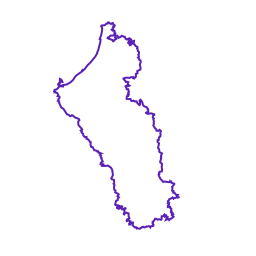 Emilia-Romagna, Bologna, Italy (Mercator projection), rotated 235°
{"feature_id": "23120603B93883326437068", "entity_name": "Emilia-Romagna", "entity_type": "district", "adm_level": 2, "iso_a3": "ITA", "parent_name": "Italy", "parent_adm1": "Bologna", "projection": "mercator", "projection_center": [11.577, 44.436], "detail": "fine", "context": "isolated", "style": "outline", "palette": "violet", "viewbox_px": 256, "rotation_deg": 235, "n_neighbors": 0, "source": "geoboundaries", "source_scale": "gbopen_adm2", "svg_char_len": 5779}
<svg xmlns="http://www.w3.org/2000/svg" viewBox="0 0 256 256"><g transform="rotate(235 128 128)"><path d="M29.2,114.4L31.6,113.9L32.2,114.7L31.6,115.5L33.1,115.8L33.7,115.7L33.9,114.9L34.6,114.9L35.1,115.8L35.4,115.6L37.0,117.2L38.0,116.7L39.2,117.3L39.6,116.2L40.3,116.2L40.5,115.4L41.4,116.1L41.5,117.5L42.4,118.1L43.1,117.6L43.2,118.6L44.1,118.1L45.2,118.7L45.1,119.7L46.0,121.0L45.5,123.3L45.6,124.6L44.0,124.7L44.2,125.8L43.6,126.6L43.4,127.8L42.4,128.8L42.3,129.7L44.1,129.2L44.6,130.4L45.4,129.2L48.6,128.9L48.9,128.0L50.0,128.4L50.4,129.0L51.4,128.2L53.3,130.0L54.4,130.2L55.4,133.7L55.9,134.0L57.8,132.4L59.3,132.6L59.3,131.9L60.3,131.9L59.9,131.3L60.0,130.6L63.4,127.0L63.6,125.9L68.0,125.4L72.0,126.1L72.3,127.4L73.4,127.4L73.8,128.2L74.0,128.8L73.0,130.8L74.1,131.9L76.8,133.3L79.1,135.3L81.6,134.7L84.2,137.8L84.8,137.9L85.2,138.7L86.2,138.9L87.7,141.3L90.1,140.0L90.7,140.1L92.7,141.3L94.5,141.2L97.6,144.6L99.5,144.2L100.6,144.9L101.1,145.4L100.6,146.3L102.4,148.0L102.8,148.7L102.5,149.2L102.8,150.1L105.8,152.0L106.6,153.2L108.4,152.8L108.2,151.3L109.5,149.8L110.7,150.4L112.2,150.0L115.6,150.2L116.7,151.7L118.0,152.3L118.4,153.0L120.6,153.7L120.9,154.6L122.4,154.4L123.3,155.0L124.0,156.0L123.7,157.1L124.3,157.3L126.8,155.3L128.0,152.6L129.7,151.4L130.1,151.5L130.1,152.5L129.6,152.8L129.4,153.6L130.6,154.6L132.0,154.8L132.0,155.2L134.3,155.2L136.4,153.7L138.2,153.5L141.0,154.5L143.1,154.6L143.3,154.1L144.0,154.1L143.8,153.2L141.6,152.3L140.2,151.1L140.2,150.4L141.2,150.5L142.6,149.9L144.9,150.3L145.9,149.2L145.8,148.8L147.3,148.1L147.7,146.7L148.4,146.2L150.4,146.7L151.3,145.1L152.7,143.6L154.4,145.0L154.6,145.8L154.1,146.5L154.8,147.6L155.3,147.2L155.4,147.8L156.2,147.9L156.6,148.2L156.2,148.5L157.3,149.6L159.6,150.4L160.1,149.4L160.7,149.2L161.2,149.7L163.6,149.9L163.6,151.1L162.9,151.4L162.8,152.5L162.0,152.6L161.9,153.5L163.4,152.9L165.0,153.6L165.4,154.5L166.9,153.3L167.1,152.6L168.5,152.9L170.7,152.4L171.2,152.8L170.3,155.4L168.1,158.1L168.0,159.4L167.3,160.5L165.9,160.8L166.3,161.7L165.4,161.8L165.7,162.2L165.2,163.0L165.7,164.1L167.8,165.5L167.4,167.2L169.3,168.2L168.8,171.7L170.1,172.8L173.1,174.0L174.9,176.4L176.2,177.0L177.6,176.3L178.6,177.0L180.0,176.6L180.4,178.1L182.1,178.4L182.4,179.5L184.2,180.6L185.3,180.2L187.3,181.2L187.9,181.0L188.9,182.2L191.0,181.2L192.9,181.3L194.1,180.5L194.6,181.7L195.9,182.9L196.6,180.9L197.7,180.8L198.7,181.4L199.2,181.2L198.9,181.0L199.2,180.7L200.8,180.3L201.1,178.6L200.7,178.5L200.9,178.0L202.6,177.2L204.5,177.7L205.4,176.6L206.6,176.4L207.2,175.6L206.8,174.2L207.3,172.0L209.8,172.2L210.9,170.6L209.7,169.4L208.3,170.0L207.7,169.7L207.7,168.2L208.1,167.5L207.5,166.5L207.5,165.6L209.3,165.5L213.2,162.8L213.7,163.4L213.2,164.4L213.7,166.7L212.4,168.5L212.2,171.2L212.8,172.0L213.8,171.4L215.2,172.7L216.3,172.2L216.5,171.3L217.8,171.0L217.8,172.6L218.5,172.7L218.7,174.1L219.5,174.2L219.0,174.8L219.2,175.5L219.7,176.0L221.7,175.5L222.5,175.8L223.0,175.4L222.8,174.6L223.0,173.6L225.3,172.9L225.9,172.2L225.2,171.4L225.9,170.2L225.5,168.0L227.1,165.1L226.8,164.4L225.0,164.3L223.3,163.2L219.4,159.3L217.1,155.8L216.2,156.3L214.1,154.4L208.8,148.2L207.5,146.0L206.9,145.7L205.2,142.0L203.2,134.7L202.6,130.8L201.1,126.2L200.9,124.4L202.5,123.7L201.2,124.2L201.1,123.5L202.5,123.5L200.9,123.5L200.7,122.9L200.7,115.8L200.0,113.2L198.9,110.7L198.4,107.2L198.8,102.7L200.9,98.5L199.8,99.5L200.4,98.4L199.6,98.8L199.3,98.6L200.9,96.6L202.7,96.4L205.8,100.4L206.6,100.6L205.9,101.0L204.8,100.7L203.2,100.1L204.5,100.7L204.3,100.9L202.5,100.4L202.9,100.7L205.9,101.1L207.2,100.4L204.8,98.6L204.0,95.9L201.4,95.1L200.9,94.1L200.7,91.2L201.4,89.8L200.4,88.5L199.6,89.0L199.3,88.6L199.1,89.2L198.3,89.2L197.5,90.1L195.4,89.9L194.5,88.6L193.8,89.6L192.9,89.8L192.1,89.4L191.5,87.4L190.5,87.0L190.4,86.3L189.8,86.7L189.4,86.2L188.4,86.5L187.6,85.9L182.9,85.1L180.8,86.1L174.2,85.9L172.9,86.9L170.8,87.4L170.5,88.1L170.8,89.2L170.2,89.8L166.7,90.8L163.7,92.9L162.4,92.7L161.8,90.8L158.9,89.1L153.2,89.7L152.9,89.1L153.0,87.9L151.7,88.2L151.5,87.6L150.3,87.4L149.2,88.0L147.5,87.1L145.1,87.5L144.5,88.9L143.0,87.9L142.6,88.4L140.4,89.0L138.2,88.8L137.8,89.3L135.9,87.7L133.4,87.0L132.6,88.1L129.2,87.6L127.5,89.2L126.5,89.3L126.0,90.2L124.7,90.0L123.2,91.0L123.6,90.2L122.4,90.6L121.8,90.1L121.8,89.6L120.8,90.0L120.1,89.1L118.5,89.2L118.2,88.6L115.0,88.1L115.3,87.0L114.9,85.6L114.1,84.7L113.3,85.2L113.2,86.2L112.3,87.1L111.9,86.8L112.4,86.1L111.8,85.1L110.5,86.7L108.6,90.1L105.2,91.3L102.6,91.0L98.0,88.6L96.3,85.4L95.4,85.4L93.4,86.7L90.8,85.1L90.6,84.2L88.9,84.2L87.8,82.7L85.4,81.4L84.0,81.9L82.6,80.6L79.5,82.3L78.8,82.2L78.2,80.3L76.4,80.8L76.2,79.4L74.8,78.1L75.2,76.5L72.8,73.6L72.0,73.6L70.0,75.9L69.1,76.2L68.8,75.8L69.5,74.2L69.3,73.4L68.8,73.1L67.0,74.1L66.8,75.1L68.1,76.6L67.8,77.7L67.0,78.2L65.9,76.7L64.6,76.5L64.2,77.5L64.3,79.2L63.8,79.9L63.4,79.8L63.2,77.9L61.3,77.1L60.1,75.2L59.4,75.3L59.9,77.2L59.7,78.0L57.7,79.5L55.5,77.9L53.3,77.5L53.1,77.0L53.6,74.9L53.0,73.7L52.4,73.6L52.0,75.3L50.6,76.2L50.5,75.8L49.7,75.8L48.9,74.0L48.3,73.6L47.7,74.5L48.6,76.8L47.6,77.9L45.7,75.9L42.4,76.7L42.2,77.6L40.8,77.6L40.9,78.2L40.2,78.3L38.6,80.1L38.9,80.9L38.5,82.2L38.8,82.5L38.3,83.9L37.2,84.3L36.6,86.1L36.7,86.8L36.0,87.5L35.8,88.5L35.0,89.3L33.8,89.3L34.4,90.3L33.4,92.3L34.2,92.7L34.0,93.3L34.4,93.5L35.8,93.5L36.3,94.3L36.9,94.2L37.3,96.7L38.1,98.1L37.6,98.9L35.8,99.8L35.5,101.1L33.8,102.4L34.0,103.2L36.4,104.9L35.1,107.2L36.0,108.4L34.8,108.6L34.5,109.2L32.8,108.8L32.4,109.2L32.0,108.0L31.0,106.4L30.8,107.5L31.4,108.7L29.0,108.8L29.4,110.8L28.9,111.6L29.2,114.4ZM194.7,177.0L197.1,177.4L197.8,177.0L198.6,178.8L196.9,178.9L196.1,179.9L195.4,179.6L194.5,178.1L194.7,177.0ZM34.2,107.2L34.1,107.6L34.8,107.4L34.2,107.2Z" fill="none" stroke="#5b21b6" stroke-width="2"/></g></svg>